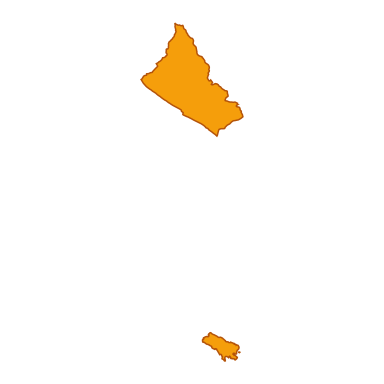 outline of Bengkulu Utara, Bengkulu, Indonesia
{"feature_id": "22746128B39887218554518", "entity_name": "Bengkulu Utara", "entity_type": "district", "adm_level": 2, "iso_a3": "IDN", "parent_name": "Indonesia", "parent_adm1": "Bengkulu", "projection": "mercator", "projection_center": [102.208, -4.116], "detail": "fine", "context": "isolated", "style": "filled", "palette": "amber", "viewbox_px": 384, "rotation_deg": 0, "n_neighbors": 0, "source": "geoboundaries", "source_scale": "gbopen_adm2", "svg_char_len": 5798}
<svg xmlns="http://www.w3.org/2000/svg" viewBox="0 0 384 384"><path d="M242.9,116.8L242.8,116.6L242.5,114.9L241.1,112.2L241.3,111.6L241.3,111.2L240.2,110.0L239.9,108.1L239.1,107.2L237.8,106.9L237.1,106.8L236.7,106.6L236.3,106.1L236.5,105.5L237.5,104.8L237.4,104.8L237.4,104.7L237.2,104.3L237.3,103.6L237.5,103.3L235.4,102.2L234.7,102.1L233.4,102.3L230.9,102.0L230.1,102.1L228.4,101.6L227.4,101.1L225.3,100.7L225.1,100.4L225.1,99.9L225.9,97.9L226.3,97.6L226.6,97.3L227.5,96.7L228.0,96.3L228.1,96.0L227.7,94.1L227.4,93.5L227.3,91.5L227.0,91.0L226.2,90.8L224.8,90.6L223.7,89.6L222.7,89.2L222.2,88.8L221.4,88.0L220.6,86.9L219.5,86.4L218.9,85.8L218.2,84.7L217.4,84.3L217.0,83.9L216.6,83.8L216.1,83.9L215.3,83.6L212.9,84.7L212.1,84.8L211.4,84.5L212.5,82.4L210.7,80.0L210.2,80.7L209.2,80.9L208.2,79.6L207.4,78.1L207.4,77.8L207.7,76.9L208.1,75.4L208.6,74.6L208.5,74.0L208.2,73.5L208.1,73.1L208.4,72.6L209.1,71.6L209.3,70.7L209.3,70.3L208.8,69.7L208.9,69.1L209.3,68.0L209.3,67.0L208.7,65.5L208.4,65.0L207.6,64.3L206.2,63.4L205.5,62.9L205.2,62.5L204.7,61.7L204.7,60.8L204.6,60.4L203.6,59.2L203.3,58.4L202.3,57.7L202.2,57.0L201.4,56.5L200.2,56.2L199.3,55.9L198.1,55.1L197.2,54.0L196.8,52.3L196.9,51.6L196.7,50.9L196.2,47.9L196.0,47.2L195.7,46.7L194.0,45.1L193.4,44.3L193.1,43.3L193.2,42.5L193.4,41.6L193.5,40.7L193.3,40.0L193.0,39.4L192.7,38.8L192.1,38.3L191.0,38.1L190.5,37.8L189.6,37.0L187.8,34.9L187.7,34.2L187.1,33.5L186.6,32.5L186.2,32.0L186.0,30.8L185.7,30.1L185.5,29.9L184.0,28.8L183.6,28.0L183.2,26.1L182.8,25.6L182.7,25.4L181.6,25.7L181.0,25.7L179.3,25.0L178.5,25.2L177.9,25.1L175.7,24.0L174.8,23.0L175.0,23.7L175.0,24.3L175.3,24.7L175.0,26.4L175.2,27.6L175.7,29.2L175.6,30.6L176.0,31.2L176.0,31.7L175.1,33.9L174.8,34.2L174.5,34.5L174.4,35.4L174.1,36.6L173.0,37.7L172.4,38.8L172.1,39.2L171.5,39.5L170.5,40.8L169.2,41.8L168.8,42.7L168.4,43.8L168.6,45.0L168.4,46.7L168.5,47.3L168.4,47.8L168.1,48.4L167.9,48.8L167.6,49.0L167.1,48.9L166.5,49.1L166.2,49.7L166.3,51.3L166.1,51.7L166.1,52.8L166.2,53.0L166.8,53.5L167.1,54.6L167.0,55.1L166.7,55.4L166.1,55.7L165.8,56.5L165.5,56.6L165.1,57.0L163.9,57.6L162.6,57.8L162.3,58.6L161.7,59.7L160.6,60.8L159.9,61.3L158.9,61.8L158.2,62.6L156.3,63.7L156.8,64.4L157.6,65.9L157.6,66.4L155.1,68.9L152.9,71.3L152.2,72.4L150.4,72.7L148.7,73.6L146.6,73.8L146.5,75.2L144.8,75.5L143.9,76.0L143.4,76.4L143.1,77.2L142.6,77.8L142.1,78.8L141.1,79.5L143.6,83.6L144.3,84.2L144.6,84.7L145.0,85.0L145.7,85.9L147.1,87.2L149.7,89.1L151.5,90.2L152.3,91.0L155.8,93.2L156.7,94.1L158.3,95.4L160.1,96.5L161.2,97.5L163.5,99.2L165.0,100.2L166.1,100.7L168.6,102.7L169.8,103.3L170.7,104.0L172.9,105.4L179.7,109.0L181.3,110.1L181.5,111.4L182.9,112.4L183.2,112.8L182.8,114.3L183.2,114.9L186.6,116.5L187.8,116.9L191.5,118.8L194.0,120.2L201.3,123.8L203.8,125.5L205.5,127.0L205.6,127.5L206.5,128.0L207.9,128.5L208.7,129.7L212.6,132.5L213.2,133.1L215.1,134.4L216.9,136.1L217.4,135.2L218.0,132.6L218.7,130.1L219.2,129.3L219.4,129.2L220.0,129.1L220.6,128.8L221.1,128.7L223.4,128.7L224.4,128.6L224.7,128.4L224.9,128.0L224.9,127.7L225.6,126.8L227.3,125.1L229.7,123.9L231.5,122.0L232.6,121.2L233.6,120.7L234.9,120.6L237.1,120.1L238.3,119.9L240.8,118.5L242.9,116.8ZM211.9,333.8L211.3,333.1L210.7,332.7L210.4,332.7L209.8,332.9L209.4,333.5L209.2,333.6L209.1,333.9L208.8,333.9L208.4,334.5L208.5,335.2L208.6,335.3L208.8,335.3L208.9,335.5L208.7,336.2L208.5,336.6L208.3,336.6L208.0,336.5L207.7,336.7L207.0,336.5L206.9,336.6L206.4,336.6L205.9,336.7L204.9,337.1L204.5,337.4L203.6,337.8L203.3,338.3L203.4,338.5L203.6,338.7L203.4,338.8L203.5,339.3L203.3,339.5L202.9,339.5L202.5,339.9L202.5,340.7L202.7,341.4L202.6,341.7L202.7,342.0L203.4,342.3L203.6,342.1L204.3,342.4L205.7,343.5L205.8,343.6L207.0,344.3L208.0,344.4L209.0,345.0L209.3,345.0L209.5,345.3L210.2,345.7L210.3,345.7L211.6,346.4L211.6,346.8L211.9,347.6L212.4,348.3L213.5,348.7L213.7,348.9L214.1,348.9L214.7,349.4L214.9,349.4L215.2,348.8L215.5,348.7L215.8,348.8L216.0,349.0L216.2,348.9L216.6,349.1L216.7,349.4L216.7,349.6L216.9,350.0L217.8,351.3L218.3,352.3L218.7,352.8L219.0,353.4L219.1,353.7L219.4,354.1L219.7,354.7L220.6,354.3L220.8,354.3L221.5,354.8L221.5,355.2L221.7,355.9L222.4,356.6L222.5,356.8L222.1,357.9L222.0,358.8L223.4,359.5L223.8,359.9L224.2,360.6L224.6,360.6L224.8,360.7L224.9,361.0L225.3,360.9L225.3,359.9L224.7,359.1L225.0,358.8L225.0,358.6L224.7,357.9L225.0,357.1L225.9,356.4L227.0,356.5L227.5,356.9L228.2,357.1L228.4,357.5L228.6,357.7L229.0,357.2L229.3,356.4L229.7,356.2L230.4,357.0L230.5,358.1L231.0,358.5L231.3,358.3L231.5,358.5L232.2,358.8L232.4,358.8L232.6,358.6L232.9,358.7L233.1,358.6L233.6,358.8L234.1,358.8L234.2,359.1L235.0,359.9L235.3,359.9L235.5,359.8L235.7,359.6L236.6,358.8L236.5,358.4L236.9,358.2L237.3,357.9L237.3,357.3L237.0,357.2L235.9,356.1L235.3,355.7L234.3,355.2L234.1,355.3L234.0,355.0L233.6,354.6L233.0,354.2L233.1,353.7L233.3,353.4L233.8,353.2L234.1,353.2L234.6,353.5L234.9,353.9L235.1,354.1L236.4,353.9L236.4,353.7L236.6,353.5L236.5,352.2L236.7,351.7L236.9,351.5L237.1,350.5L237.2,350.3L237.8,349.8L238.0,349.7L238.4,349.1L238.7,348.9L239.0,347.9L238.9,347.7L239.0,347.3L238.8,346.6L238.1,345.4L237.0,345.0L236.7,345.0L236.4,344.9L236.2,345.1L236.1,344.6L235.7,344.4L235.5,344.2L235.0,344.2L235.0,344.4L234.8,344.4L234.6,344.3L234.6,344.2L234.3,343.5L234.0,343.4L233.7,343.7L233.4,343.6L233.1,343.2L232.6,342.9L232.0,342.8L231.4,342.4L230.9,342.6L230.5,342.2L230.2,342.5L229.4,342.6L229.0,342.6L228.4,342.3L228.0,341.8L226.5,341.8L225.6,341.4L225.4,340.6L224.9,340.4L223.8,339.3L223.1,338.8L222.8,338.4L222.1,337.9L221.6,337.8L221.1,337.4L220.4,337.2L220.0,337.2L219.3,337.5L218.7,337.4L218.2,337.2L216.6,336.0L215.4,335.5L215.0,335.2L213.9,334.7L213.0,334.4L211.9,333.8ZM239.8,352.1L238.9,352.0L238.7,352.3L238.8,352.4L239.4,352.7L239.9,352.3L239.8,352.1Z" fill="#f59e0b" stroke="#b45309" stroke-width="1.5"/></svg>